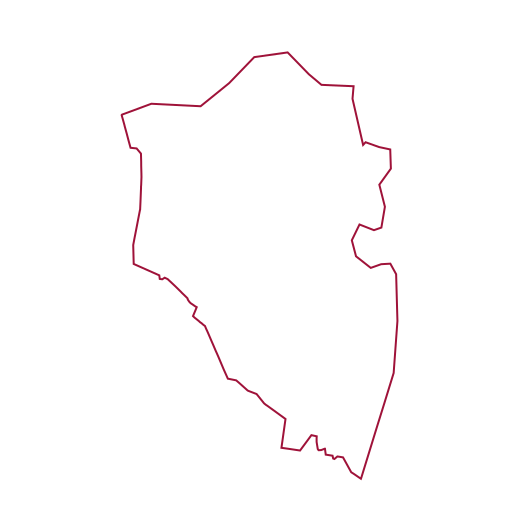 Al Khiwai, North Kordufan, Sudan (Equal Earth projection), rotated 188°
{"feature_id": "16777658B22793638103757", "entity_name": "Al Khiwai", "entity_type": "district", "adm_level": 2, "iso_a3": "SDN", "parent_name": "Sudan", "parent_adm1": "North Kordufan", "projection": "equal_earth", "projection_center": [29.102, 13.339], "detail": "fine", "context": "isolated", "style": "outline", "palette": "rose", "viewbox_px": 512, "rotation_deg": 188, "n_neighbors": 0, "source": "geoboundaries", "source_scale": "gbopen_adm2", "svg_char_len": 1897}
<svg xmlns="http://www.w3.org/2000/svg" viewBox="0 0 512 512"><g transform="rotate(188 256 256)"><path d="M408.3,377.4L408.6,377.0L408.6,376.7L406.7,372.4L404.4,367.1L404.2,366.5L401.0,359.1L398.2,352.4L395.3,345.7L395.2,345.7L389.2,345.9L387.2,344.1L384.2,341.4L384.0,340.4L382.8,333.2L382.2,329.1L381.0,322.0L380.4,318.2L379.6,310.4L379.5,308.6L379.3,307.2L378.0,294.2L377.2,285.8L377.2,285.7L377.3,285.5L377.4,283.6L378.6,260.3L378.8,256.7L379.1,250.1L379.1,249.7L376.0,231.1L359.6,226.4L349.1,223.4L348.1,219.9L345.6,219.9L343.4,221.8L340.2,220.8L340.1,220.7L335.1,217.2L332.0,215.0L325.5,210.2L324.4,209.3L318.9,205.3L317.9,204.5L317.5,203.4L315.8,201.5L314.2,200.2L311.5,198.9L311.3,198.8L309.4,197.8L307.6,197.1L308.4,193.8L309.1,191.2L310.0,187.7L308.5,186.6L308.2,186.4L304.8,184.4L303.2,183.4L302.1,182.6L300.6,181.9L299.0,180.8L297.4,179.9L296.8,179.6L295.2,176.9L293.7,174.6L292.1,172.0L288.1,165.4L285.4,161.0L282.4,156.0L281.8,155.1L279.5,151.4L272.2,139.2L266.8,130.6L266.6,130.6L258.3,130.1L255.5,128.3L245.5,121.6L244.0,121.2L236.2,119.4L227.5,111.2L225.5,110.0L224.9,109.7L224.2,109.4L204.1,98.7L204.1,89.4L204.1,81.0L204.1,70.8L204.1,70.2L204.1,69.6L196.8,69.6L185.3,69.5L180.9,77.6L176.2,86.3L170.8,85.9L170.6,83.8L170.1,80.3L168.0,73.5L167.0,72.4L166.9,72.4L164.4,72.9L161.0,74.8L160.9,74.8L159.3,69.0L159.1,69.0L152.4,68.9L151.4,66.2L150.1,65.9L147.5,68.8L145.5,68.8L141.8,68.7L131.6,55.1L129.8,54.3L127.9,53.4L123.7,51.3L121.1,50.0L120.9,50.9L112.6,102.6L108.4,128.2L103.4,159.3L106.9,211.3L114.7,257.5L121.9,267.1L130.9,265.3L140.7,260.2L156.9,269.6L163.3,284.9L157.9,301.6L142.8,298.0L135.8,301.6L135.2,322.7L143.8,343.8L134.6,361.3L137.9,380.2L149.2,381.0L163.3,383.9L165.4,380.9L182.3,425.1L183.0,437.7L215.0,434.6L228.9,443.3L253.0,462.0L285.4,452.7L306.7,423.4L331.7,396.6L380.8,392.2L408.1,377.5L408.3,377.4Z" fill="none" stroke="#9f1239" stroke-width="2"/></g></svg>